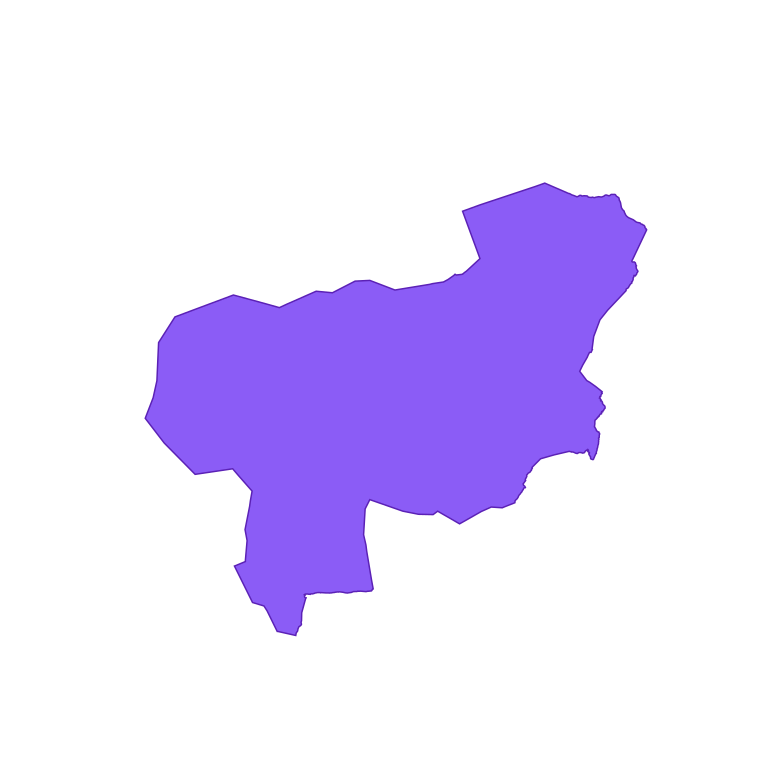 outline of Lom nor, Oppland, Norway, rotated 25°
{"feature_id": "86288312B15503490624265", "entity_name": "Lom nor", "entity_type": "district", "adm_level": 2, "iso_a3": "NOR", "parent_name": "Norway", "parent_adm1": "Oppland", "projection": "albers", "projection_center": [8.842, 61.714], "detail": "fine", "context": "isolated", "style": "filled", "palette": "violet", "viewbox_px": 768, "rotation_deg": 25, "n_neighbors": 0, "source": "geoboundaries", "source_scale": "gbopen_adm2", "svg_char_len": 6086}
<svg xmlns="http://www.w3.org/2000/svg" viewBox="0 0 768 768"><g transform="rotate(25 384 384)"><path d="M166.2,411.5L162.2,441.7L176.8,477.0L180.6,494.1L182.1,516.0L209.8,530.4L251.0,545.7L282.7,524.8L289.9,528.1L309.7,536.8L312.2,546.1L313.9,551.6L319.6,574.7L326.1,583.8L332.9,602.4L333.4,603.5L325.4,612.2L357.2,637.6L369.0,635.9L373.9,639.0L391.8,653.4L392.5,653.1L410.3,649.2L409.7,647.0L409.7,646.4L410.1,644.4L409.5,642.1L409.5,639.8L410.4,638.5L410.6,638.0L410.8,637.0L410.7,636.6L409.5,634.9L409.4,633.9L409.3,633.4L406.1,626.1L403.7,611.9L403.8,611.5L403.7,610.8L403.2,611.1L402.1,610.7L401.7,610.0L401.6,609.3L401.7,609.0L401.3,609.0L400.8,608.8L401.3,607.8L403.3,606.7L405.1,606.2L406.1,605.4L406.3,605.5L406.4,605.2L407.3,604.6L408.2,604.3L408.4,604.0L409.6,603.0L409.9,602.5L410.8,602.0L411.4,601.4L412.5,600.9L412.7,600.7L414.4,600.0L414.9,600.0L415.0,599.7L419.9,597.8L422.0,596.8L422.9,596.5L423.7,596.0L424.4,595.7L425.9,594.6L427.0,594.0L428.0,593.2L430.3,591.8L430.7,591.8L431.4,591.2L434.8,590.1L437.2,589.6L439.4,588.8L440.0,588.3L442.4,586.8L444.1,585.0L447.2,583.5L447.7,582.9L448.8,582.5L450.2,581.7L455.4,579.8L457.0,578.6L457.5,578.4L460.1,576.8L460.3,576.1L460.2,575.4L460.3,574.7L460.8,574.3L455.6,567.0L439.1,543.0L435.7,537.6L429.2,529.2L419.7,505.2L420.0,494.8L454.8,491.3L470.3,487.5L483.7,481.6L486.4,476.6L511.6,478.8L526.1,458.4L533.2,450.2L543.5,446.2L545.3,444.2L552.8,436.3L552.2,434.6L552.3,433.8L553.2,431.6L553.4,429.8L553.3,428.9L553.4,427.6L554.0,425.8L554.1,424.5L554.4,424.0L554.5,423.5L554.5,421.7L554.8,421.1L554.8,420.7L554.7,420.3L554.8,419.1L554.9,418.8L555.8,418.4L555.9,418.0L554.6,417.1L553.4,416.9L552.3,415.7L552.6,414.7L552.6,414.3L552.8,413.4L552.8,413.1L553.0,412.8L552.9,412.5L553.1,411.9L552.9,411.9L552.6,411.2L552.3,410.0L552.5,409.0L552.4,408.8L552.5,408.0L552.5,407.5L551.8,406.2L552.2,404.9L552.4,403.7L553.2,402.8L553.6,402.1L553.7,401.0L554.1,400.0L553.7,399.0L553.7,398.7L554.0,398.4L554.0,398.0L554.0,397.6L553.4,397.0L557.5,385.6L568.2,376.3L580.4,366.7L581.5,366.6L582.3,366.2L582.8,366.4L583.4,366.0L584.5,365.7L586.9,365.7L588.4,365.4L588.9,365.0L589.0,364.8L589.1,364.3L589.7,363.7L591.7,362.8L593.0,362.8L593.5,362.3L594.2,362.1L594.7,361.3L594.8,360.0L595.1,359.2L595.6,358.3L596.3,357.7L596.4,357.2L596.7,357.3L596.8,357.5L597.1,357.8L596.9,358.0L597.0,357.8L596.8,357.8L596.9,358.3L596.8,358.5L596.7,358.7L596.8,358.8L597.6,359.0L597.9,359.3L598.9,359.2L599.2,359.4L599.4,360.0L599.1,360.3L599.1,360.6L599.7,361.4L600.7,361.9L600.9,362.2L601.9,362.6L602.2,363.4L602.6,363.8L602.8,364.3L603.4,364.5L605.2,364.3L605.5,364.1L605.7,363.2L605.5,362.5L605.6,361.4L605.5,361.0L605.5,359.8L605.4,357.8L605.8,357.3L605.8,357.1L605.2,356.1L605.1,355.6L605.1,354.9L605.0,354.1L604.8,353.3L604.5,352.8L604.5,351.9L604.3,350.8L603.9,349.6L603.7,347.8L603.2,346.4L602.9,345.9L602.8,345.2L602.3,344.5L602.1,343.1L601.3,342.4L601.3,342.2L601.6,341.6L601.6,341.4L600.6,339.1L600.7,338.7L600.5,338.1L600.2,337.6L599.4,337.3L599.0,336.8L598.8,337.0L598.1,336.8L597.7,336.9L597.0,336.6L596.3,336.5L595.8,335.9L594.3,334.7L592.8,333.9L592.8,333.3L592.5,332.9L591.9,330.9L591.3,329.8L591.2,329.2L590.8,328.7L590.8,328.4L590.6,327.7L590.7,327.2L591.0,326.7L591.4,325.6L591.4,325.3L591.6,325.0L591.5,324.7L591.9,323.8L591.9,323.3L592.2,323.1L592.1,322.6L592.2,322.3L592.5,322.3L592.6,322.0L592.5,321.2L592.6,320.1L593.7,319.1L593.6,318.7L593.5,318.8L593.3,318.8L593.1,318.5L593.3,317.8L593.0,317.1L593.3,316.7L593.4,317.1L593.6,317.1L594.0,316.7L593.9,316.2L593.8,315.7L594.2,315.0L594.1,314.6L594.1,314.0L594.2,313.9L594.2,313.6L594.6,312.6L594.5,312.3L594.0,311.3L593.3,310.6L592.6,310.3L592.0,310.3L590.8,309.6L590.2,309.3L590.0,309.0L590.0,308.7L589.4,308.0L588.6,307.5L587.8,307.3L587.5,306.7L587.2,306.5L586.9,306.5L586.9,306.8L586.3,305.9L586.1,305.8L586.2,306.0L586.0,305.8L585.2,305.7L585.3,305.2L585.2,305.0L585.2,304.5L585.0,304.2L585.6,304.0L585.6,303.8L585.7,303.5L585.3,302.2L585.3,301.5L585.4,301.1L585.7,300.6L585.7,300.1L585.5,299.9L584.7,299.8L584.6,299.7L584.9,298.8L577.2,296.9L569.7,295.5L566.3,295.2L556.0,289.8L556.1,283.1L556.9,273.9L556.8,271.8L556.9,268.5L558.3,267.8L558.3,264.8L558.0,264.8L557.5,263.4L554.0,252.3L552.6,234.5L555.5,222.6L563.9,197.3L563.9,196.9L563.6,196.5L563.4,195.6L563.9,194.7L564.3,194.4L564.8,193.1L564.7,192.1L565.0,191.0L564.9,190.6L565.0,190.2L565.0,189.8L565.3,189.1L565.3,188.7L565.5,188.4L565.9,187.9L565.9,187.5L565.3,186.8L565.7,185.9L565.7,184.5L565.5,183.6L565.0,182.7L565.0,182.4L565.1,181.9L565.1,181.3L565.0,180.7L564.7,180.0L565.0,179.8L566.0,179.9L566.2,179.5L566.2,179.1L566.5,178.0L566.5,177.6L566.3,176.7L566.4,176.0L566.6,174.9L566.5,174.6L566.3,174.3L564.5,173.2L564.0,172.7L563.7,172.5L563.5,172.2L563.3,171.7L562.6,170.8L562.9,170.2L561.7,169.4L561.6,169.1L560.5,167.9L559.3,167.6L557.9,168.3L557.5,168.4L557.0,168.3L556.7,167.9L556.6,167.0L556.7,166.0L556.9,133.3L556.3,133.2L555.9,132.5L554.4,132.0L553.9,131.0L552.6,130.3L552.0,130.5L550.8,130.1L550.1,130.3L549.1,130.3L548.0,129.8L545.2,130.5L544.3,130.6L540.6,129.8L535.2,129.9L533.1,129.4L532.0,128.9L531.0,128.2L530.3,127.5L529.5,127.0L528.8,126.1L528.5,125.8L526.5,125.1L524.7,123.9L523.4,122.1L521.8,119.8L520.5,118.5L519.8,118.2L518.3,116.1L516.7,115.7L515.3,115.6L513.9,114.7L513.2,114.6L510.1,116.0L509.7,116.3L508.9,117.9L508.1,118.4L505.8,118.7L505.1,119.0L504.5,119.6L504.1,120.2L503.9,120.9L502.0,122.7L499.4,123.5L496.9,125.3L496.3,126.0L495.5,126.3L493.8,126.6L493.0,127.4L490.2,128.3L489.2,127.8L488.5,127.7L487.7,128.1L486.8,128.4L485.6,128.9L484.1,129.9L483.6,130.0L482.7,129.8L481.5,130.5L480.9,131.6L480.3,132.3L479.6,132.8L477.0,132.9L474.2,133.2L471.8,133.0L470.6,133.3L444.8,134.0L437.6,141.1L395.2,181.2L382.2,194.2L418.0,229.8L411.0,246.9L409.7,249.2L408.9,251.1L408.7,251.1L408.3,251.7L403.4,254.7L402.0,254.5L401.8,254.9L401.7,255.4L401.0,256.8L397.9,262.2L394.8,266.4L385.6,272.5L383.4,274.3L354.2,294.2L327.4,296.1L314.3,303.0L298.7,323.1L283.3,328.6L262.2,352.7L256.9,359.0L242.9,361.3L209.9,367.0L166.2,411.5Z" fill="#8b5cf6" stroke="#5b21b6" stroke-width="1.5"/></g></svg>